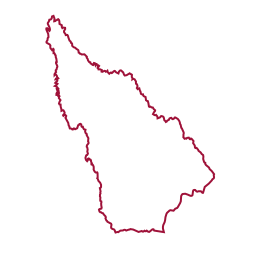 the district of Dueré, Tocantins, Brazil, rotated 5°
{"feature_id": "56859067B89764358514319", "entity_name": "Dueré", "entity_type": "district", "adm_level": 2, "iso_a3": "BRA", "parent_name": "Brazil", "parent_adm1": "Tocantins", "projection": "equal_earth", "projection_center": [-49.445, -11.379], "detail": "fine", "context": "isolated", "style": "outline", "palette": "rose", "viewbox_px": 256, "rotation_deg": 5, "n_neighbors": 0, "source": "geoboundaries", "source_scale": "gbopen_adm2", "svg_char_len": 5705}
<svg xmlns="http://www.w3.org/2000/svg" viewBox="0 0 256 256"><g transform="rotate(5 128 128)"><path d="M140.0,93.2L139.3,93.4L137.9,92.8L137.2,90.4L136.7,90.0L135.8,87.5L134.9,87.8L134.2,88.4L133.3,87.4L133.8,86.0L133.6,84.7L132.9,83.5L132.1,83.2L131.9,81.9L131.9,81.0L130.3,78.9L128.8,78.5L128.1,79.1L128.1,77.9L127.3,76.8L127.3,74.7L126.7,74.2L125.8,74.1L124.9,73.4L122.0,75.5L120.2,76.0L119.4,75.2L118.3,72.9L117.7,72.7L117.0,71.9L115.9,71.2L115.1,71.4L114.1,72.6L113.7,74.5L111.6,73.7L110.7,73.1L110.1,72.4L109.5,72.3L108.7,72.9L107.5,74.4L107.0,74.7L106.2,74.2L105.3,74.8L104.6,75.6L103.0,74.2L102.5,72.8L101.9,73.5L101.0,73.9L100.4,73.2L99.6,73.1L97.4,74.3L96.7,74.1L96.9,72.6L95.2,72.0L93.5,72.2L93.2,71.2L92.5,70.9L92.5,69.3L93.4,69.4L93.8,68.7L92.9,68.1L92.3,68.3L91.7,67.9L91.2,67.0L90.5,66.9L90.1,68.2L89.2,66.3L88.4,66.2L87.8,68.3L87.1,68.2L86.5,67.6L85.0,66.9L84.7,65.8L83.5,65.6L82.2,64.0L81.9,62.9L80.7,61.5L80.8,60.6L78.2,58.4L75.4,58.8L74.6,58.3L73.5,58.1L73.0,57.3L72.3,57.2L71.8,55.0L71.3,54.5L69.7,53.7L68.5,52.7L67.0,52.3L65.5,51.3L65.1,50.4L65.1,49.3L64.7,48.5L63.7,48.1L63.4,46.9L62.1,46.0L60.6,42.8L60.3,41.7L59.5,40.6L57.9,40.9L57.6,40.0L56.0,38.2L55.8,37.0L56.8,34.8L56.6,33.7L54.7,33.6L53.9,34.2L53.2,33.1L53.1,31.4L50.7,30.3L50.3,27.6L49.9,26.5L49.1,25.7L48.3,26.0L47.8,26.7L46.8,27.0L46.2,27.8L45.2,28.1L45.2,25.3L44.0,22.8L42.6,23.5L42.4,25.6L41.6,26.6L40.2,27.0L39.9,28.7L39.0,30.3L39.0,31.2L41.0,34.6L41.6,36.3L41.7,37.2L41.3,38.1L40.5,37.5L40.4,36.2L39.4,36.2L38.7,35.6L38.0,35.9L38.1,37.1L40.3,41.2L40.8,43.9L40.8,44.7L40.3,45.1L40.1,46.2L40.2,47.3L39.3,49.1L39.4,50.0L40.0,50.4L42.7,51.6L43.5,52.6L43.5,54.0L43.8,55.2L45.6,57.1L46.6,55.7L47.1,56.1L47.3,59.9L48.0,59.8L48.5,60.3L48.8,61.3L49.6,61.9L49.9,63.9L50.5,65.0L51.3,68.4L50.6,68.7L50.6,69.6L52.1,72.3L52.3,73.2L51.9,74.2L51.7,76.0L51.0,76.7L51.0,77.6L51.5,78.5L50.4,80.1L50.1,80.9L50.2,81.7L50.9,80.7L51.7,81.2L52.6,82.3L52.9,83.4L54.1,84.5L53.4,84.9L51.9,85.1L51.6,85.9L53.1,85.7L53.5,86.2L53.4,87.3L52.8,88.3L52.0,88.7L51.6,89.4L53.9,90.2L53.5,90.8L51.6,92.5L53.1,92.8L55.3,95.0L54.9,95.9L55.4,96.6L54.1,98.9L53.7,100.1L53.8,101.3L54.6,101.2L54.7,99.0L56.0,98.5L56.2,99.3L56.0,100.3L55.6,101.0L55.7,101.9L56.4,101.6L57.0,102.3L56.5,103.3L56.5,104.2L58.3,106.1L57.6,107.6L57.1,109.6L57.7,110.5L58.8,110.5L59.1,112.8L60.0,115.0L60.2,116.7L61.4,116.0L62.1,116.0L63.2,117.5L63.6,118.5L63.3,119.3L62.2,120.9L62.6,121.5L63.7,120.6L64.5,120.5L65.4,121.3L65.3,122.4L64.8,123.3L68.0,128.1L68.7,130.7L69.5,131.6L69.7,132.8L70.1,133.5L70.8,133.4L71.9,133.7L72.6,134.3L73.2,134.3L73.6,133.5L74.2,133.1L75.3,133.8L75.9,133.7L76.6,133.0L77.4,132.7L78.1,129.6L78.8,129.3L79.3,128.3L80.3,128.0L81.1,128.5L81.4,130.1L81.8,130.8L82.9,130.7L83.2,131.6L84.2,133.1L85.8,133.4L85.6,135.4L86.4,137.0L87.2,137.3L87.5,137.9L87.5,138.8L89.4,141.6L89.4,144.9L89.9,145.6L90.0,146.7L88.6,148.8L88.5,150.3L89.1,150.9L89.7,153.1L89.5,155.0L90.3,157.0L89.7,158.4L89.0,158.6L88.6,159.4L88.2,161.5L88.9,163.4L90.2,164.6L90.6,164.0L90.7,162.3L91.2,161.8L92.1,162.0L92.5,162.9L93.4,162.8L93.9,163.4L94.2,164.9L95.1,166.3L94.6,167.0L94.9,167.6L96.1,167.7L97.1,169.3L97.4,171.1L97.3,172.0L97.7,173.0L98.7,174.4L99.3,174.9L99.9,175.2L101.2,174.9L101.6,175.6L102.1,179.9L101.7,180.7L102.3,181.3L103.2,183.3L105.0,184.9L106.1,186.9L106.3,189.1L106.0,189.8L105.2,190.3L106.2,193.5L106.0,194.6L106.3,195.6L105.9,196.7L106.0,198.6L106.5,199.4L106.6,202.2L106.8,203.0L107.8,203.4L108.0,204.5L107.8,205.2L108.1,207.4L108.7,209.6L108.5,210.6L106.6,211.3L106.2,211.9L106.9,213.7L107.7,214.3L108.5,214.3L109.4,214.9L110.7,215.2L111.2,216.1L113.4,218.1L113.7,219.1L113.4,219.9L114.5,222.0L115.2,222.4L115.7,223.2L119.5,224.8L120.0,225.9L119.8,227.5L119.9,228.9L121.1,229.9L122.8,230.2L123.8,231.2L124.1,232.2L124.7,233.2L126.5,232.5L127.4,232.6L129.3,230.9L131.9,230.5L132.8,229.9L133.5,229.7L134.3,229.8L135.1,230.3L137.6,229.2L138.6,229.0L139.1,228.5L142.0,228.7L147.6,230.6L150.7,229.4L151.4,229.9L152.2,229.9L153.4,228.9L154.0,229.3L154.8,229.3L155.6,228.6L157.2,229.6L158.3,229.6L161.2,226.8L162.2,226.7L163.0,227.9L172.8,228.6L171.6,225.2L171.4,223.5L171.6,221.6L172.7,218.6L173.0,216.5L173.1,213.5L173.8,210.2L174.3,209.1L176.6,206.6L177.4,206.2L180.6,206.4L182.1,204.3L184.0,203.3L184.5,202.5L186.4,198.4L187.0,196.4L186.9,191.7L187.0,190.8L187.7,189.4L188.2,189.0L190.7,188.5L193.2,189.1L196.1,190.1L197.4,190.0L198.1,189.2L198.3,185.1L198.7,184.2L199.5,183.9L200.3,183.9L201.8,185.2L202.5,185.4L204.0,184.8L206.2,184.7L207.8,186.1L208.4,186.0L209.6,180.0L213.4,176.3L216.1,172.8L216.5,171.8L217.8,170.7L218.0,169.5L217.5,167.3L217.8,166.5L215.2,163.6L212.9,161.8L212.1,160.3L208.9,158.1L208.2,157.2L208.0,155.9L207.3,155.8L206.7,155.1L205.6,152.3L205.6,150.0L205.2,148.4L203.7,147.5L202.5,146.0L200.3,144.6L199.7,143.5L198.0,141.8L196.9,142.1L196.4,141.5L196.0,139.6L194.2,137.4L194.4,135.3L192.4,133.3L191.7,133.0L191.2,133.7L190.5,133.7L189.4,132.3L187.7,132.7L187.1,133.5L186.5,133.3L185.3,133.8L183.9,132.3L184.0,131.3L183.8,130.0L184.0,128.3L183.8,127.5L181.7,123.7L181.1,123.2L180.1,120.1L179.4,119.3L179.2,118.1L178.5,116.6L176.9,114.7L174.3,113.4L173.6,113.5L173.2,114.4L171.9,115.3L171.2,115.1L170.3,114.1L169.4,114.3L168.4,115.0L168.1,116.2L166.4,117.3L166.0,118.2L165.2,118.7L164.7,117.9L163.6,117.2L162.6,114.2L161.6,113.4L160.0,113.2L158.9,114.7L156.6,115.8L156.4,114.6L156.0,113.7L154.8,112.5L154.2,112.9L153.2,112.8L151.7,112.0L152.5,110.0L153.4,108.8L153.5,108.0L152.0,106.9L150.9,105.4L149.8,105.5L148.4,104.7L147.6,105.1L147.0,104.8L146.1,101.3L145.4,99.5L144.4,99.3L143.5,98.7L142.8,95.6L141.1,95.0L140.4,94.4L140.0,93.2ZM54.9,95.9L54.3,95.2L53.6,95.2L53.9,96.1L54.9,95.9Z" fill="none" stroke="#9f1239" stroke-width="2"/></g></svg>